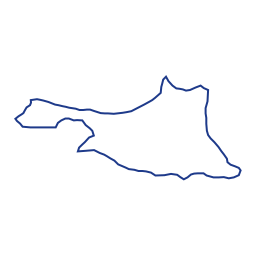 Vasileia, Cyprus
{"feature_id": "46923920B45317993304691", "entity_name": "Vasileia", "entity_type": "district", "adm_level": 2, "iso_a3": "CYP", "parent_name": "Cyprus", "parent_adm1": "", "projection": "natural_earth1", "projection_center": [33.095, 35.347], "detail": "fine", "context": "isolated", "style": "outline", "palette": "blue", "viewbox_px": 256, "rotation_deg": 0, "n_neighbors": 0, "source": "geoboundaries", "source_scale": "gbopen_adm2", "svg_char_len": 1637}
<svg xmlns="http://www.w3.org/2000/svg" viewBox="0 0 256 256"><path d="M22.6,126.7L30.4,127.4L34.2,127.4L39.5,127.4L44.2,127.4L50.7,127.4L55.7,127.4L57.9,122.9L61.3,120.4L65.4,118.5L68.8,118.5L73.8,120.4L77.0,120.1L82.3,120.4L85.7,125.1L89.8,128.3L92.3,130.8L93.8,135.6L89.1,137.5L84.8,142.2L82.3,144.5L79.1,147.6L77.9,151.4L85.7,150.8L94.1,150.1L99.8,153.0L104.1,154.6L106.9,156.2L110.4,158.4L114.4,160.6L118.2,164.4L125.7,167.6L128.8,169.1L134.4,169.8L138.5,171.0L142.5,171.0L146.0,171.4L151.0,172.6L155.4,175.5L164.4,175.2L171.0,173.9L177.2,174.8L180.3,177.1L183.8,179.3L187.5,177.4L191.0,174.5L194.1,173.6L198.2,173.3L203.5,173.3L206.6,175.5L213.5,177.4L218.8,177.4L223.8,177.1L228.8,178.3L233.8,177.4L238.8,175.2L240.6,170.4L238.8,167.9L235.0,166.3L230.6,164.7L227.5,162.2L226.9,158.7L223.8,154.3L221.3,151.1L218.5,147.0L214.4,142.2L210.6,138.4L208.1,135.0L206.9,130.8L206.3,123.9L206.3,117.9L205.6,113.4L205.6,108.1L206.6,104.6L207.5,101.4L207.8,95.7L208.1,90.0L203.8,88.1L200.6,85.6L195.6,87.5L190.0,90.0L186.0,90.6L182.8,89.4L179.7,88.8L176.3,88.4L172.5,85.6L168.5,81.2L166.0,76.7L163.2,79.6L162.2,83.7L161.3,86.9L160.7,92.9L155.0,97.9L152.2,100.1L149.4,101.7L144.1,104.6L134.4,109.6L131.3,111.2L126.3,112.2L122.6,112.8L113.8,113.8L107.9,113.4L104.8,113.4L100.7,113.1L93.8,110.9L90.1,109.6L86.9,109.6L83.2,110.0L79.5,110.0L75.7,108.7L69.1,107.7L65.7,106.8L62.6,106.2L58.5,105.2L55.1,104.6L48.5,102.0L43.2,100.5L40.1,99.8L37.0,99.2L30.8,100.1L31.0,102.7L30.0,105.2L26.6,107.4L25.4,109.4L24.4,111.2L23.4,113.1L21.7,114.3L18.5,116.3L15.4,118.8L17.0,121.0L20.1,123.6L22.6,126.7Z" fill="none" stroke="#1e3a8a" stroke-width="2"/></svg>